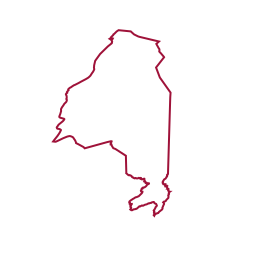 Eyjafjarðarsveit, Norðurland eystra, Iceland (Equal Earth projection), rotated 329°
{"feature_id": "244011B64056494481770", "entity_name": "Eyjafjarðarsveit", "entity_type": "district", "adm_level": 2, "iso_a3": "ISL", "parent_name": "Iceland", "parent_adm1": "Norðurland eystra", "projection": "equal_earth", "projection_center": [-18.286, 65.228], "detail": "fine", "context": "isolated", "style": "outline", "palette": "rose", "viewbox_px": 256, "rotation_deg": 329, "n_neighbors": 0, "source": "geoboundaries", "source_scale": "gbopen_adm2", "svg_char_len": 5610}
<svg xmlns="http://www.w3.org/2000/svg" viewBox="0 0 256 256"><g transform="rotate(329 128 128)"><path d="M88.5,200.2L89.5,200.7L90.2,200.6L91.2,200.7L92.0,201.2L92.9,201.3L93.1,201.5L93.7,201.6L94.7,201.6L94.9,201.5L95.7,201.3L96.6,201.2L97.0,201.0L97.4,201.0L97.7,201.1L97.8,201.4L98.0,201.5L98.6,201.5L99.0,201.5L100.1,201.6L100.2,201.8L100.4,202.1L101.1,202.4L103.0,202.5L104.8,203.1L106.6,203.1L106.7,203.3L107.1,203.5L108.0,203.6L108.7,203.8L109.0,204.1L109.8,204.0L110.4,204.1L110.8,204.3L111.5,204.4L112.0,204.7L112.1,205.4L112.0,205.9L112.0,206.2L112.3,206.6L113.0,207.6L112.9,208.5L112.8,208.8L112.8,209.3L112.6,209.5L112.1,209.8L111.0,210.0L110.3,210.5L109.9,210.9L108.6,211.5L107.5,212.0L107.5,212.4L107.4,212.7L107.5,212.8L107.6,213.0L106.9,213.5L106.9,213.8L106.7,214.0L106.8,214.2L106.5,214.3L106.4,214.7L106.6,215.0L106.8,215.1L106.8,215.3L106.7,215.5L106.4,215.7L106.0,215.7L105.8,215.9L105.2,215.9L105.1,216.0L105.3,216.7L105.6,216.4L105.9,216.3L106.9,216.1L107.9,215.9L108.4,215.9L109.0,216.2L109.6,216.2L110.0,216.4L110.3,216.4L111.3,215.9L115.2,215.4L115.3,215.3L115.9,215.0L116.1,214.9L116.3,214.2L116.7,213.8L117.5,213.4L118.2,212.7L119.4,212.0L119.8,211.7L120.0,211.3L120.1,210.6L119.8,209.9L120.2,209.7L121.0,209.6L121.9,210.0L122.7,210.0L123.2,209.8L123.5,209.6L123.8,209.4L126.2,208.8L126.7,208.6L127.4,207.5L127.7,207.2L127.7,206.6L127.8,206.4L128.8,206.0L128.8,205.6L128.9,205.4L129.4,205.3L129.5,204.8L129.6,204.6L130.1,204.3L131.0,204.2L130.4,203.8L130.5,203.3L130.4,203.1L130.5,202.8L130.3,202.6L130.2,202.4L130.7,201.9L130.5,201.6L130.5,201.4L131.2,201.2L131.3,201.0L130.9,200.6L130.3,200.2L130.8,199.9L130.9,199.2L130.8,198.7L131.3,198.5L131.4,198.2L131.6,198.0L131.1,197.7L130.1,197.4L129.9,197.3L130.0,197.0L130.9,196.7L130.6,196.4L130.2,196.2L130.4,195.8L131.0,195.5L131.1,195.4L130.7,195.1L129.5,194.6L129.3,194.4L129.4,193.7L129.6,193.4L129.4,193.3L129.4,193.1L129.7,192.9L129.7,192.4L129.8,192.2L130.2,191.9L130.6,191.8L130.7,191.6L131.8,191.1L132.2,190.8L132.6,190.7L134.2,190.7L135.2,190.2L135.7,189.8L136.5,189.7L137.3,188.8L137.1,188.6L137.2,188.4L137.9,188.1L138.6,188.0L177.8,126.9L180.2,123.2L182.7,119.6L181.3,101.1L183.2,90.6L195.4,85.9L195.4,85.4L194.7,81.1L194.2,78.9L194.2,78.5L195.1,77.4L195.4,76.7L195.5,76.3L195.5,75.9L195.4,75.4L195.6,70.5L199.1,69.8L184.9,55.9L183.9,54.8L181.4,50.9L180.1,46.6L170.3,39.3L168.0,39.4L164.8,40.2L163.6,40.3L163.3,40.7L163.0,40.8L161.6,41.1L160.6,41.4L160.0,41.5L159.4,42.0L158.7,42.1L158.2,42.1L158.3,42.3L159.4,42.1L160.2,42.6L161.0,43.4L160.8,43.5L160.6,43.7L160.0,43.7L160.0,43.8L159.6,43.8L159.0,44.0L159.2,44.5L159.0,45.6L158.4,46.0L158.4,46.3L158.3,46.5L157.8,46.8L157.7,47.0L152.7,47.7L142.2,50.2L134.5,53.5L131.2,56.9L130.7,57.7L129.9,58.7L129.8,59.0L129.4,60.1L129.2,60.4L127.2,61.7L125.3,62.5L122.7,63.8L121.0,64.2L119.7,64.4L117.0,64.4L111.8,64.1L108.7,64.0L104.6,63.7L103.6,63.5L101.2,63.6L100.2,63.7L98.9,63.6L97.5,63.8L96.6,64.1L96.5,64.3L96.6,64.6L96.5,65.0L94.6,65.5L94.1,65.8L94.1,66.5L92.6,66.8L92.2,67.0L92.0,67.4L92.0,67.9L91.9,68.8L91.5,69.7L90.8,70.9L90.2,71.2L90.1,71.3L90.0,71.7L90.1,72.3L89.8,72.8L89.4,73.2L88.7,73.7L88.3,73.9L85.8,74.5L84.3,75.3L82.2,76.2L80.6,77.1L80.0,77.8L79.4,79.0L79.2,79.2L77.4,80.9L75.1,82.7L74.9,83.0L74.8,83.4L75.1,84.1L75.5,84.6L77.9,87.1L78.0,87.6L77.8,87.8L76.7,88.3L75.7,88.6L70.9,89.3L69.7,89.6L68.4,90.3L67.7,90.5L67.2,90.8L67.1,91.2L67.0,91.6L67.1,92.2L68.4,93.3L69.1,94.1L69.5,95.0L69.4,95.3L67.6,96.5L65.9,97.4L63.2,98.6L59.1,100.1L56.9,101.0L58.3,102.1L58.7,102.4L59.3,102.6L61.0,102.8L67.3,103.4L71.2,104.0L72.0,104.2L73.2,104.6L73.9,104.9L74.6,105.5L75.8,107.1L76.1,107.9L76.2,110.2L76.3,111.4L76.0,113.5L75.7,114.2L77.0,116.2L80.1,121.5L80.4,123.1L103.0,129.4L106.4,130.5L106.7,130.6L107.1,131.0L106.9,131.3L106.3,131.4L105.8,131.8L104.9,132.6L104.7,133.0L105.4,133.3L105.4,133.6L105.0,133.9L105.0,137.7L106.4,139.5L111.9,150.7L103.5,165.5L103.2,165.8L104.1,168.7L105.0,169.1L105.3,169.3L105.4,169.9L105.9,170.2L106.0,170.4L106.3,171.0L106.2,171.9L106.3,172.2L106.3,172.3L106.4,172.5L106.6,172.6L106.6,172.8L106.7,173.0L106.9,173.1L107.1,173.4L107.1,173.7L107.4,174.1L107.5,174.3L107.8,174.6L108.3,174.6L108.8,174.8L108.9,175.1L109.2,175.5L109.8,175.7L110.1,176.0L110.3,176.2L110.8,176.3L111.6,176.3L111.9,176.6L111.9,176.8L112.0,176.9L113.0,177.2L113.2,177.4L113.0,177.6L112.6,177.9L112.5,178.0L112.7,178.3L113.1,178.4L113.5,178.6L113.6,178.9L113.4,179.0L113.5,179.3L114.3,179.4L115.1,179.7L115.7,179.7L115.9,179.9L115.9,180.1L115.8,180.3L115.1,181.0L115.2,181.4L115.2,181.9L114.9,182.1L114.4,182.3L114.6,182.6L115.0,182.8L115.2,183.1L115.0,183.3L115.0,183.5L114.9,183.9L114.8,184.2L115.9,184.8L115.9,185.1L116.3,185.6L116.7,185.7L116.8,185.9L117.4,186.1L117.4,186.4L117.3,186.5L117.1,186.6L115.9,186.5L115.6,186.4L114.7,186.5L114.4,186.9L113.9,187.0L113.5,187.2L112.9,187.3L112.4,187.3L111.6,187.4L111.0,187.1L110.0,187.1L109.8,187.0L109.8,186.8L109.6,186.8L109.1,186.9L108.6,187.1L108.7,187.4L108.4,187.4L108.0,187.6L107.7,187.8L107.3,188.0L106.7,188.4L106.6,188.9L106.7,189.1L106.7,189.3L107.0,189.4L107.6,190.0L107.1,190.6L106.0,191.1L105.0,191.3L102.5,191.9L101.9,192.0L101.3,191.9L101.0,191.8L100.7,191.8L99.8,191.7L99.1,191.4L98.5,191.3L96.4,191.4L95.4,191.3L94.9,191.4L93.6,191.4L93.0,191.5L92.4,191.5L92.0,191.6L91.5,191.7L90.8,192.2L90.7,192.8L90.8,192.9L91.2,193.2L91.2,193.3L91.1,193.5L90.6,193.8L90.8,194.0L90.5,194.5L91.4,194.7L92.0,195.0L91.8,195.2L91.8,195.3L91.4,195.4L90.6,196.1L89.6,196.5L89.4,196.9L89.6,197.1L89.7,197.9L89.5,198.3L88.8,198.6L88.5,198.8L88.0,199.0L88.5,200.2Z" fill="none" stroke="#9f1239" stroke-width="2"/></g></svg>